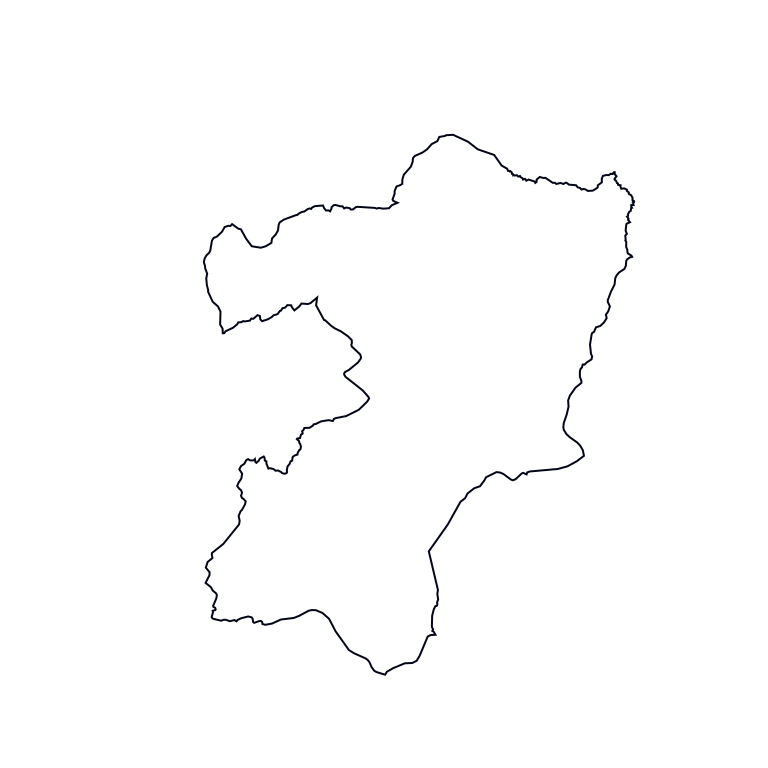 the district of Lamas, San Martín, Peru, rotated 111°
{"feature_id": "86281439B97947490233761", "entity_name": "Lamas", "entity_type": "district", "adm_level": 2, "iso_a3": "PER", "parent_name": "Peru", "parent_adm1": "San Martín", "projection": "mercator", "projection_center": [-76.468, -6.324], "detail": "fine", "context": "isolated", "style": "outline", "palette": "ink", "viewbox_px": 768, "rotation_deg": 111, "n_neighbors": 0, "source": "geoboundaries", "source_scale": "gbopen_adm2", "svg_char_len": 6166}
<svg xmlns="http://www.w3.org/2000/svg" viewBox="0 0 768 768"><g transform="rotate(111 384 384)"><path d="M176.4,197.9L175.4,199.1L174.8,203.0L173.9,203.9L171.7,204.8L169.3,207.0L164.2,208.9L163.6,210.1L162.4,210.2L159.1,211.9L156.8,211.1L154.2,213.4L148.1,215.0L147.4,214.9L144.8,212.3L143.3,215.0L142.2,214.8L140.6,217.1L139.7,216.4L137.8,217.0L135.3,216.7L134.0,215.7L131.1,216.3L130.6,215.6L129.5,216.9L128.2,217.3L127.5,215.2L126.6,216.0L124.7,215.8L124.8,216.8L123.6,216.5L123.5,217.1L123.9,217.1L123.4,217.9L121.1,218.7L119.2,220.9L118.8,223.6L117.4,224.1L116.6,226.6L115.5,226.9L115.3,229.9L116.7,232.5L114.8,234.1L113.7,234.3L114.2,236.8L112.9,237.6L112.9,238.5L111.2,240.0L110.6,241.9L109.8,242.3L106.7,241.4L105.5,243.6L103.6,244.6L104.1,245.4L106.1,245.8L106.4,247.6L108.4,249.0L109.3,251.5L111.3,254.2L114.2,254.3L117.7,252.9L121.9,255.6L123.5,255.0L124.8,255.4L128.6,258.3L129.3,259.8L130.7,262.9L130.1,265.8L130.4,267.6L131.7,269.4L130.7,271.1L131.0,273.6L129.6,275.9L131.6,282.9L130.7,285.6L131.0,286.6L133.0,288.2L133.0,291.2L135.5,294.8L134.9,296.5L135.7,298.5L133.7,307.1L134.6,309.3L134.9,312.8L138.4,314.7L140.8,314.0L142.0,314.8L141.0,315.7L141.3,322.2L143.2,324.0L141.9,325.8L143.3,327.5L142.3,328.4L141.9,330.8L141.1,331.6L142.2,333.0L141.5,334.7L142.5,336.6L142.3,337.9L142.8,338.2L141.9,338.9L142.0,339.8L140.6,340.6L140.0,342.3L140.5,342.7L140.2,343.7L140.6,344.6L138.9,346.1L137.9,352.5L130.7,363.2L131.3,380.6L127.7,392.4L126.6,408.8L129.5,415.2L130.6,416.0L133.5,420.9L138.1,421.2L143.0,425.5L149.5,427.9L154.2,431.1L160.1,437.0L162.7,437.9L166.2,436.9L171.5,436.8L181.4,440.5L186.2,440.2L190.6,438.7L192.4,440.0L195.1,443.1L200.2,443.2L202.4,442.3L208.8,442.1L209.7,441.0L210.0,436.3L214.3,440.8L218.1,442.3L220.5,447.4L221.6,452.1L222.8,453.6L222.9,455.7L228.0,472.0L228.9,473.6L232.1,475.5L232.8,476.9L233.0,477.8L232.2,478.8L232.6,481.7L233.1,483.0L234.4,484.1L233.0,486.3L233.8,488.6L234.2,493.3L235.1,495.0L237.7,496.3L239.2,495.9L242.1,496.2L241.8,497.9L242.8,500.3L241.3,502.9L239.2,504.9L242.8,512.4L245.1,514.4L246.7,514.8L246.7,516.2L247.9,517.8L251.5,520.2L252.8,522.3L255.0,524.3L257.5,525.8L257.8,526.6L266.4,536.4L270.5,539.3L273.1,539.4L278.5,538.0L283.0,538.6L288.3,540.7L292.6,539.7L297.8,543.8L300.9,547.8L302.8,556.8L297.7,564.9L290.9,573.0L291.2,575.7L289.2,583.1L291.5,584.0L292.0,585.8L294.5,589.0L299.9,589.8L306.4,592.9L308.7,595.4L311.8,596.0L321.8,594.0L324.1,594.2L327.3,595.8L330.9,596.4L334.8,595.9L337.8,593.5L340.1,592.4L344.4,588.6L349.1,587.8L355.3,584.7L359.5,581.7L360.8,581.4L368.6,573.4L371.1,566.8L375.0,562.6L387.2,558.3L390.2,554.5L394.4,552.7L393.8,551.4L391.5,550.8L385.7,545.2L381.0,542.5L378.7,542.1L377.4,539.3L375.7,538.0L375.5,536.4L372.9,531.9L370.5,531.4L370.0,529.4L365.1,526.8L364.9,524.3L368.0,522.6L369.0,520.3L365.4,515.8L361.9,512.9L359.4,511.7L356.9,508.4L353.1,507.4L352.5,506.5L349.6,505.9L348.0,503.6L345.0,502.5L343.8,498.8L345.5,497.3L347.4,494.0L341.8,490.8L338.5,489.9L336.6,483.7L334.8,481.6L327.3,477.4L334.9,475.6L345.8,462.8L345.6,461.7L348.6,454.2L349.7,449.7L350.3,443.1L352.3,434.9L354.6,429.8L357.1,428.7L359.0,428.6L360.5,427.6L365.0,416.7L367.1,415.1L368.7,414.8L373.3,416.0L383.6,421.9L386.8,424.7L388.5,425.0L389.5,424.5L391.1,422.5L397.6,401.6L401.7,393.8L402.9,392.7L406.8,393.5L417.1,398.3L427.5,407.8L433.2,416.9L434.6,418.3L436.9,418.4L437.6,422.8L441.4,429.3L445.7,433.3L447.0,435.3L448.2,435.4L451.5,437.7L453.6,442.6L455.7,442.7L457.4,443.5L459.4,442.2L461.2,443.4L464.6,443.0L465.9,445.4L466.7,445.6L467.8,442.8L469.3,442.0L470.0,440.8L472.2,439.1L475.0,438.6L475.9,439.4L479.7,439.9L480.9,439.5L482.8,441.9L485.0,443.1L488.5,442.3L489.7,443.5L492.5,443.5L495.4,444.5L498.8,444.0L501.3,442.9L502.3,443.2L503.5,444.8L503.7,447.3L503.1,448.3L502.7,452.0L503.8,454.0L503.0,456.8L503.5,460.5L504.4,461.6L500.5,465.2L498.3,466.1L498.2,467.8L495.5,469.2L494.8,470.3L498.0,473.1L500.6,473.5L503.3,474.8L503.1,475.9L500.4,477.6L501.7,478.0L502.8,480.1L503.3,481.9L502.8,483.9L504.5,485.3L508.5,485.8L511.9,488.1L515.5,488.5L518.6,484.3L523.4,483.3L528.2,484.4L531.9,484.5L533.7,481.5L534.2,479.6L536.2,477.6L539.6,477.4L541.4,475.6L541.6,474.0L543.1,471.1L546.0,470.6L552.5,471.5L554.3,472.3L559.3,472.4L563.5,469.7L567.1,469.0L590.9,476.7L603.3,484.0L604.7,483.8L607.9,481.8L613.4,484.9L619.3,484.5L622.2,479.4L624.9,478.4L633.6,479.3L635.7,472.8L638.2,469.9L639.6,465.8L640.8,464.4L644.3,463.7L652.5,464.0L653.2,463.3L653.5,461.4L654.7,460.4L655.5,460.5L657.1,462.7L658.1,461.9L663.3,461.4L664.1,460.5L664.4,459.2L663.3,451.0L661.8,449.6L660.8,447.3L660.7,443.0L658.0,439.0L658.4,436.7L656.8,436.2L653.8,433.3L649.7,427.5L649.3,423.9L650.2,422.6L653.2,420.7L653.5,419.6L650.1,415.6L649.3,413.9L649.8,412.5L651.6,411.5L651.4,408.7L647.8,402.7L640.8,395.8L634.7,384.3L630.8,380.1L622.5,372.9L620.9,370.3L619.6,366.7L619.8,359.4L622.9,351.1L632.3,340.5L645.0,321.3L646.1,315.5L646.8,302.7L647.7,299.8L649.1,297.7L652.6,294.3L655.2,290.4L655.6,287.8L655.0,278.8L651.6,278.2L645.9,273.5L637.3,264.5L634.3,257.6L630.7,254.3L624.8,253.3L604.1,252.7L601.5,250.3L599.7,246.1L597.5,248.7L597.2,250.4L595.7,250.1L593.5,252.3L583.1,256.0L576.3,256.8L572.9,256.4L572.3,255.3L571.0,255.1L568.8,256.2L565.8,256.2L560.9,259.0L557.0,259.8L524.2,282.2L492.3,274.1L466.6,270.4L461.4,267.3L456.3,266.8L449.0,262.4L445.0,257.7L437.8,255.7L434.5,255.3L426.0,247.5L425.1,244.1L425.2,240.3L427.7,231.3L427.7,229.2L425.7,227.0L418.2,223.4L417.1,222.3L417.3,218.5L415.2,218.6L413.4,216.5L401.0,191.2L395.0,183.1L387.0,176.3L379.4,171.6L374.5,174.7L371.3,178.7L369.4,182.6L367.1,191.5L365.4,195.8L362.3,199.8L360.0,201.1L356.0,202.2L347.0,202.5L339.0,203.6L333.4,206.2L328.3,206.3L318.7,203.9L312.2,200.1L310.4,200.8L307.1,203.7L301.9,205.7L299.3,205.9L297.6,205.1L294.6,205.5L294.1,203.8L291.0,202.3L286.6,199.1L283.6,199.6L281.8,201.5L273.4,205.8L263.0,208.0L261.8,207.9L260.0,206.6L255.1,206.4L252.3,202.9L247.7,200.7L242.7,199.7L239.8,201.7L235.9,200.7L230.6,200.9L227.4,204.3L225.7,205.1L216.4,205.2L208.5,204.4L202.4,206.0L199.3,205.8L195.6,204.5L190.4,200.8L186.9,200.6L182.4,201.9L180.7,201.8L177.7,199.8L176.4,197.9Z" fill="none" stroke="#020617" stroke-width="2"/></g></svg>